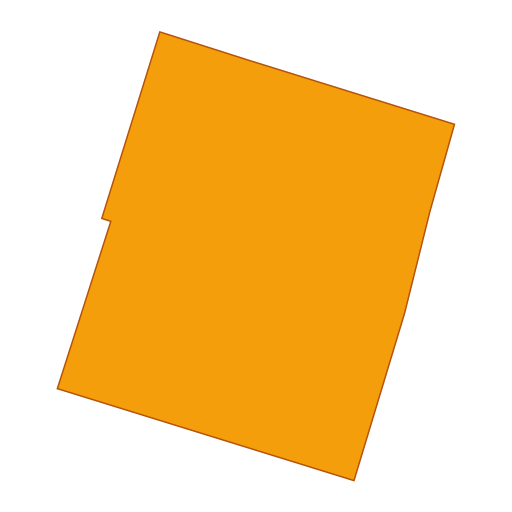 Wright, Missouri, United States of America (Albers equal-area conic projection), rotated 16°
{"feature_id": "52423323B43564787012059", "entity_name": "Wright", "entity_type": "district", "adm_level": 2, "iso_a3": "USA", "parent_name": "United States of America", "parent_adm1": "Missouri", "projection": "albers", "projection_center": [-92.499, 37.271], "detail": "fine", "context": "isolated", "style": "filled", "palette": "amber", "viewbox_px": 512, "rotation_deg": 16, "n_neighbors": 0, "source": "geoboundaries", "source_scale": "gbopen_adm2", "svg_char_len": 286}
<svg xmlns="http://www.w3.org/2000/svg" viewBox="0 0 512 512"><g transform="rotate(16 256 256)"><path d="M101.6,438.3L412.1,444.9L414.6,270.0L410.9,165.2L410.5,74.7L192.5,69.8L101.8,67.1L97.4,262.4L106.9,262.7L101.6,438.3Z" fill="#f59e0b" stroke="#b45309" stroke-width="1.5"/></g></svg>